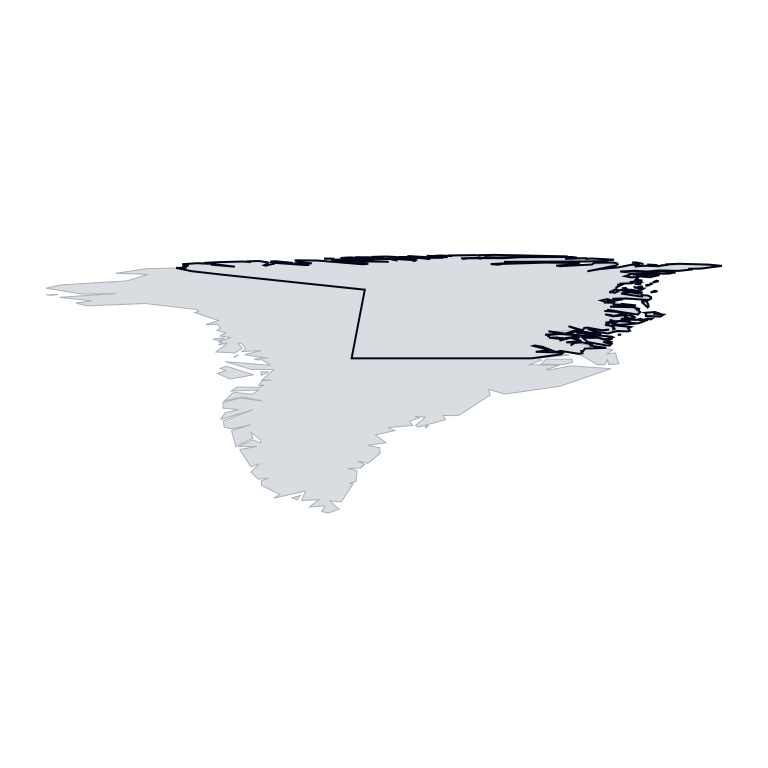 location of Nationalparken within Greenland
{"feature_id": "GRL-2742", "entity_name": "Nationalparken", "entity_type": "state/province", "adm_level": 1, "iso_a3": "GRL", "parent_name": "Greenland", "parent_adm1": "", "projection": "equal_earth", "projection_center": [-27.197, 77.317], "detail": "fine", "context": "in_parent", "style": "outline", "palette": "ink", "viewbox_px": 768, "rotation_deg": 0, "n_neighbors": 0, "source": "natural_earth", "source_scale": "10m", "svg_char_len": 9826}
<svg xmlns="http://www.w3.org/2000/svg" viewBox="0 0 768 768"><path d="M521.8,255.2L566.1,256.6L499.9,257.4L499.4,257.9L573.3,257.1L612.0,259.8L522.2,262.7L573.2,262.9L582.4,264.6L616.4,263.3L595.4,270.1L632.7,265.0L656.3,266.3L690.7,264.0L721.4,265.9L664.5,271.4L673.6,272.3L667.7,273.4L628.0,275.0L641.2,280.8L618.0,284.6L611.9,292.0L636.8,292.0L623.6,292.8L648.8,295.7L650.3,298.6L602.6,300.6L633.8,305.6L638.4,314.2L607.7,314.8L621.9,315.2L623.6,319.5L633.4,316.2L642.1,322.3L620.9,324.7L611.3,323.3L613.4,321.0L610.8,320.1L607.0,322.9L629.9,327.3L627.1,331.3L607.4,333.3L570.5,327.3L579.1,330.5L550.3,331.5L558.7,333.5L546.9,334.6L586.6,331.8L611.2,337.0L608.7,345.6L587.7,341.5L581.0,335.7L557.4,339.1L578.9,337.1L580.3,341.4L574.5,342.6L612.8,349.8L606.9,353.9L615.4,352.8L618.8,363.8L608.6,364.5L607.7,359.9L604.9,364.8L597.3,364.7L582.3,355.7L566.6,351.7L552.4,351.1L569.2,355.2L536.9,358.3L541.8,360.1L528.7,364.7L559.4,365.3L546.0,369.7L548.9,370.1L571.1,365.8L610.9,368.7L559.8,386.3L504.8,394.1L488.5,389.3L490.2,395.0L458.5,415.6L443.1,415.5L445.7,419.6L418.4,427.1L415.5,425.5L425.3,417.3L414.5,416.2L419.4,417.9L409.4,421.3L412.9,425.4L387.9,427.6L395.0,430.6L375.4,434.9L385.9,442.7L367.8,445.3L379.8,447.7L379.9,453.6L367.9,463.3L358.0,461.1L364.6,464.6L360.5,468.1L347.1,468.4L357.0,470.6L356.2,481.4L349.7,483.5L353.0,484.0L341.2,501.9L329.7,500.8L339.1,509.2L328.2,513.1L321.7,511.4L325.0,505.8L309.4,507.0L318.8,499.7L301.6,500.5L305.4,491.1L273.8,498.1L279.8,494.5L261.6,485.4L261.2,480.9L269.0,478.0L258.4,479.2L250.8,472.1L259.3,463.6L250.9,466.9L239.8,449.5L256.9,446.5L238.4,446.7L253.0,439.9L260.8,443.2L260.2,439.5L251.1,432.5L252.9,438.2L235.7,446.5L231.6,430.7L251.3,424.6L231.9,428.9L224.2,427.1L223.4,420.8L253.1,409.6L220.9,419.4L225.1,412.7L238.7,409.6L223.0,408.2L223.1,402.5L240.1,398.0L262.7,401.0L242.4,397.0L224.3,400.8L233.7,392.3L252.3,394.2L258.5,390.0L231.2,391.1L236.5,387.1L259.6,387.3L264.3,384.9L258.7,385.5L261.9,380.7L271.5,380.1L262.2,379.7L273.7,369.7L250.7,369.3L225.6,361.7L270.5,365.3L259.4,358.1L268.3,358.2L244.4,354.7L261.4,350.5L241.5,351.6L245.7,349.1L241.5,343.0L238.1,343.4L242.2,348.1L234.9,353.0L215.9,351.9L227.6,343.0L218.3,345.0L222.2,343.0L219.0,342.0L230.5,337.5L220.1,336.0L225.6,332.7L216.9,330.3L220.6,328.2L217.4,324.5L205.8,324.5L218.4,320.5L194.8,312.6L198.9,311.2L196.5,309.5L144.9,303.5L87.2,305.8L75.5,303.1L91.9,300.9L59.7,297.3L116.1,293.6L81.5,294.0L46.1,288.2L60.8,284.9L126.9,280.9L147.9,274.4L115.7,273.3L146.9,268.7L180.6,267.9L184.7,264.4L193.4,263.4L233.3,266.6L206.1,263.0L257.5,261.1L266.6,262.1L266.9,264.9L272.9,263.7L273.8,261.2L310.6,263.4L295.9,260.5L306.1,260.4L362.2,264.2L367.4,260.5L354.5,259.1L399.4,259.0L344.9,258.1L410.7,256.3L433.9,257.8L436.4,257.1L427.8,256.1L521.8,255.2ZM226.2,366.2L253.5,374.8L230.0,379.0L217.5,373.5L225.5,370.7L220.1,368.4L226.2,366.2ZM572.1,359.2L572.5,362.3L562.8,364.6L541.1,364.2L546.1,359.2L572.1,359.2ZM361.2,262.5L341.2,261.1L335.1,259.8L361.1,260.4L361.2,262.5ZM657.2,274.9L644.5,277.0L639.2,276.1L657.2,274.9ZM655.6,312.1L662.9,315.6L645.7,315.3L645.9,312.9L655.6,312.1ZM648.4,306.3L642.4,302.8L642.4,300.5L646.1,301.0L648.4,306.3ZM224.9,337.8L219.8,340.8L212.7,339.1L224.9,337.8ZM643.0,263.8L639.1,263.9L632.7,262.5L635.9,262.3L643.0,263.8ZM268.9,371.9L261.4,375.5L260.9,371.8L268.9,371.9ZM642.4,286.4L640.6,290.2L638.3,287.0L642.4,286.4ZM58.0,294.6L51.1,295.3L46.1,294.7L58.0,294.6ZM238.8,354.8L234.4,357.3L233.9,356.8L238.8,354.8ZM656.4,292.1L651.0,292.4L656.8,290.8L656.4,292.1ZM300.3,495.4L297.3,499.8L292.2,497.9L300.3,495.4ZM260.1,359.9L254.8,359.7L254.6,359.4L257.0,358.5L260.1,359.9ZM428.6,426.1L425.4,427.9L425.2,425.7L428.6,426.1Z" fill="#d9dde1" stroke="#a8b0b8" stroke-width="1"/><path d="M561.4,354.3L531.8,358.3L351.6,358.3L364.8,289.7L224.4,274.9L191.7,271.2L176.1,267.9L186.6,267.7L182.6,266.5L188.6,265.7L182.2,264.2L197.4,263.2L210.4,263.7L211.7,264.7L235.0,266.7L204.0,262.9L216.6,262.2L242.2,261.5L251.1,262.1L246.1,261.4L258.7,261.0L267.7,262.3L267.9,263.4L264.1,265.2L265.3,265.6L267.5,265.7L265.7,265.5L274.0,263.7L274.0,262.8L306.0,265.1L309.4,264.9L294.2,263.3L311.8,263.3L299.8,262.1L294.7,260.3L317.1,260.5L362.9,264.3L368.3,263.8L360.4,263.0L366.2,262.4L362.0,261.9L364.6,261.4L388.8,261.8L372.5,261.1L373.7,260.8L352.3,258.9L392.1,259.0L390.7,259.3L396.5,260.4L396.5,259.5L393.7,259.2L397.1,259.1L411.4,260.0L414.5,261.0L416.4,260.3L413.8,260.0L415.3,259.7L414.5,259.3L403.6,258.9L350.2,258.6L340.5,258.0L350.2,258.2L342.6,257.8L350.5,257.4L359.6,258.1L378.2,258.2L355.3,257.2L383.8,257.4L371.6,256.9L386.0,256.5L396.1,257.0L393.6,257.4L396.5,257.2L406.8,257.9L420.2,258.0L428.9,259.1L430.4,258.6L423.3,257.9L443.4,257.8L427.1,257.5L447.7,257.1L428.4,256.8L426.6,256.6L428.4,256.3L426.6,255.8L437.8,256.1L435.2,255.8L440.4,255.5L452.4,256.1L447.6,255.5L474.8,255.1L480.4,255.7L477.7,255.2L494.7,254.9L567.7,256.4L498.1,257.5L484.4,257.1L494.6,257.6L461.0,258.3L464.4,258.3L462.5,259.1L468.2,258.3L478.1,258.2L480.3,258.5L479.5,258.8L482.6,258.1L503.3,258.2L520.1,257.2L572.2,257.0L577.3,257.8L565.0,258.9L586.1,258.2L587.0,258.3L585.1,258.4L586.6,258.8L585.1,259.0L591.9,258.5L614.1,259.7L602.2,261.1L586.7,261.5L504.0,261.8L522.0,262.4L490.6,264.1L497.8,264.7L502.8,263.9L545.1,262.6L578.9,263.0L578.0,264.2L556.2,265.6L559.9,266.2L592.0,264.5L594.2,262.8L613.6,262.5L617.2,263.4L617.6,264.4L615.2,265.7L587.3,271.3L599.3,269.1L618.7,267.3L631.9,264.6L639.7,265.1L634.7,266.5L644.7,265.7L659.7,266.3L658.8,265.9L663.2,265.5L660.9,265.3L666.9,265.0L666.6,264.3L679.4,263.8L708.8,264.6L721.9,265.9L701.0,268.6L688.1,268.8L692.7,269.4L679.0,270.9L659.2,270.4L647.6,271.5L635.0,270.8L620.1,271.5L625.6,272.1L634.8,271.0L650.5,271.9L663.0,271.3L675.6,272.4L668.2,273.7L635.2,273.4L627.7,274.4L630.0,274.6L625.1,276.2L630.2,277.3L638.5,277.1L634.5,280.8L638.0,279.3L638.4,280.1L642.4,280.5L631.6,281.9L632.9,282.9L631.7,283.3L619.7,283.7L621.2,284.2L617.2,284.8L621.2,285.1L616.4,287.4L616.2,289.1L609.3,292.3L615.1,292.4L613.9,293.3L620.6,289.9L640.9,292.2L642.6,292.8L638.4,293.5L630.1,292.1L622.0,292.5L628.2,293.5L626.1,293.9L621.0,293.6L639.6,296.3L642.0,296.3L641.7,295.2L647.8,295.5L651.0,297.1L651.1,298.6L648.5,300.1L625.9,298.4L612.4,298.8L623.1,299.2L613.7,300.9L607.2,299.1L601.1,300.5L605.9,302.1L607.8,300.9L611.7,301.4L608.5,301.7L612.9,302.5L603.9,302.6L614.2,302.7L613.6,304.5L627.5,305.4L620.6,303.8L636.0,305.4L629.4,306.7L610.0,306.7L633.2,307.2L640.0,309.1L637.0,309.5L640.3,312.1L637.7,314.6L607.0,309.7L616.8,311.6L604.3,310.9L616.6,311.9L627.2,314.6L619.6,314.8L613.1,316.1L611.2,315.2L605.3,314.3L605.6,314.5L613.0,316.3L625.4,315.2L624.6,317.5L626.4,318.5L620.6,319.2L636.7,319.9L640.2,318.9L641.8,319.3L640.6,320.2L645.3,320.9L638.1,323.4L631.4,323.0L629.3,321.3L619.2,321.0L614.9,321.3L609.7,319.8L613.4,321.6L605.4,322.6L610.0,322.8L607.0,324.1L608.9,324.6L605.3,325.0L611.1,325.8L613.2,327.3L613.2,329.3L614.6,328.8L613.8,327.1L612.0,326.0L613.4,325.2L630.9,327.0L628.2,328.5L630.0,330.7L628.2,331.4L616.6,331.0L607.8,333.5L594.5,331.5L587.7,328.8L603.6,330.4L609.2,329.6L602.0,330.2L587.3,327.6L584.1,328.0L582.8,330.4L568.5,326.2L580.3,330.6L573.2,331.1L565.4,333.6L548.4,331.2L560.4,333.6L545.0,334.7L548.7,334.9L547.8,336.9L550.4,334.8L559.9,334.0L576.0,335.2L575.1,336.7L564.1,338.4L556.0,337.5L548.9,337.7L561.5,339.0L559.6,340.6L570.6,337.8L581.5,340.9L566.2,342.3L573.5,342.6L570.7,345.5L574.7,342.9L582.1,342.3L592.0,344.5L590.8,345.7L606.2,347.9L584.8,348.6L583.2,351.2L581.4,351.1L582.4,353.2L578.7,353.8L560.5,350.9L556.0,352.0L542.5,346.8L534.8,345.5L533.4,345.9L549.5,350.1L535.8,351.8L563.2,352.6L561.4,354.3ZM346.2,259.4L366.2,261.0L359.1,261.8L362.6,262.4L359.3,262.6L330.9,259.7L346.2,259.4ZM612.5,342.2L603.0,342.1L611.5,343.9L609.7,345.6L605.9,345.4L587.8,342.1L582.7,337.9L598.4,337.8L612.5,342.2ZM582.2,335.6L568.4,334.1L573.8,331.8L582.8,331.6L597.4,333.7L576.9,332.7L576.5,332.8L601.1,334.4L582.2,335.6ZM636.1,276.1L654.2,274.5L659.5,275.1L649.8,277.2L636.1,276.1ZM612.6,338.9L604.1,339.3L598.1,337.4L581.5,336.6L597.1,335.3L612.0,336.7L612.9,337.2L609.5,338.1L612.6,338.9ZM627.5,321.7L632.3,323.9L619.3,324.9L611.0,323.3L619.3,321.2L627.5,321.7ZM663.6,314.6L660.4,316.6L645.8,316.0L646.2,313.4L644.9,312.8L655.0,312.0L657.9,313.0L653.4,313.8L663.6,314.6ZM270.9,262.0L271.4,261.4L276.4,261.3L293.0,263.0L270.9,262.0ZM648.7,306.2L647.7,307.5L642.1,302.4L642.1,301.5L645.8,301.4L642.2,300.2L646.8,300.9L648.7,306.2ZM635.4,317.0L631.8,318.8L625.5,317.7L626.3,316.0L629.3,315.4L633.6,316.0L631.2,316.9L635.4,317.0ZM643.4,263.9L632.2,262.4L636.5,262.5L643.4,263.9ZM409.3,256.1L428.8,257.3L407.3,256.4L409.3,256.1ZM408.5,257.1L421.9,257.4L417.8,257.8L408.5,257.1ZM643.7,274.3L632.8,274.7L636.6,273.7L643.7,274.3ZM405.2,257.0L415.7,257.9L398.5,257.0L405.2,257.0ZM657.5,291.3L650.5,292.5L654.5,290.8L657.5,291.3ZM631.0,289.7L639.5,291.1L625.5,290.0L631.0,289.7ZM642.6,286.3L641.1,287.3L643.0,288.1L638.8,287.9L638.5,286.9L642.6,286.3ZM657.5,265.1L648.0,264.7L647.2,264.5L657.5,265.1ZM334.4,258.7L324.9,258.8L324.1,258.5L334.4,258.7ZM641.2,284.0L637.1,284.3L634.7,283.8L639.6,282.6L640.8,282.7L639.1,283.6L641.0,283.7L638.3,283.8L641.2,284.0ZM658.7,281.2L655.7,281.8L654.2,282.4L652.7,282.4L656.4,280.7L658.7,281.2ZM647.9,319.5L647.0,320.3L642.4,319.9L646.0,319.1L647.9,319.5ZM640.8,290.3L638.4,288.6L643.5,288.6L640.8,290.3ZM579.0,337.0L577.9,338.4L573.0,337.7L575.2,337.2L579.0,337.0ZM626.6,288.7L624.2,288.7L621.8,288.3L625.6,287.8L626.6,288.7ZM638.0,288.0L634.7,287.6L634.6,287.0L638.0,288.0ZM650.0,285.0L647.0,285.7L645.4,285.4L648.2,284.8L650.0,285.0ZM617.2,290.7L616.2,290.1L618.9,289.8L617.2,290.7ZM650.3,284.4L650.6,283.4L652.5,283.8L650.3,284.4ZM652.0,318.7L650.8,319.5L649.5,318.6L650.9,318.7L652.0,318.7ZM617.7,334.8L620.7,334.6L621.1,334.7L617.7,334.8Z" fill="none" stroke="#020617" stroke-width="2"/></svg>